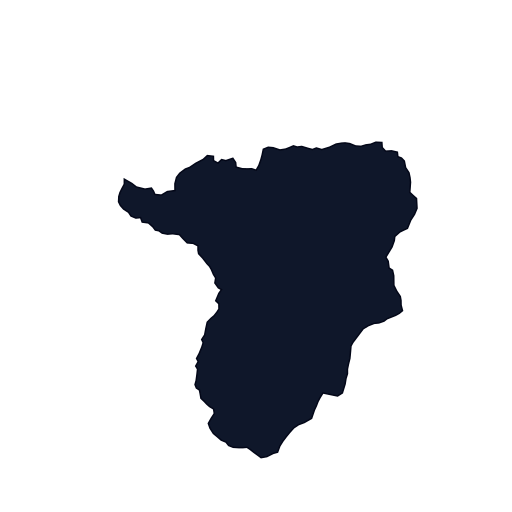 Pugmil, Tocantins, Brazil (Natural Earth projection), rotated 217°
{"feature_id": "56859067B46523842335480", "entity_name": "Pugmil", "entity_type": "district", "adm_level": 2, "iso_a3": "BRA", "parent_name": "Brazil", "parent_adm1": "Tocantins", "projection": "natural_earth1", "projection_center": [-48.87, -10.421], "detail": "fine", "context": "isolated", "style": "filled", "palette": "ink", "viewbox_px": 512, "rotation_deg": 217, "n_neighbors": 0, "source": "geoboundaries", "source_scale": "gbopen_adm2", "svg_char_len": 2675}
<svg xmlns="http://www.w3.org/2000/svg" viewBox="0 0 512 512"><g transform="rotate(217 256 256)"><path d="M311.7,350.2L314.4,345.7L311.9,340.4L310.0,335.7L308.2,330.0L307.5,324.6L312.0,323.1L315.0,320.6L319.5,317.4L325.4,315.0L328.5,318.4L333.3,320.1L337.5,314.0L341.5,312.3L342.3,307.3L347.3,306.6L350.0,310.0L355.3,306.9L356.3,301.4L359.9,293.8L362.3,286.8L364.8,282.9L366.7,276.3L366.8,271.0L364.3,265.0L360.1,259.5L365.6,254.1L368.2,247.7L373.8,244.3L376.9,246.1L380.4,247.3L384.9,242.6L393.1,239.1L398.9,239.2L407.4,238.1L404.4,234.1L403.6,229.0L402.8,224.8L401.4,221.0L398.4,216.6L394.6,214.7L390.0,213.8L384.1,214.2L379.9,212.7L374.8,214.0L371.3,217.2L367.3,214.6L361.8,217.7L355.8,217.2L352.0,216.1L348.7,217.7L344.7,217.8L339.8,220.2L336.0,223.6L330.0,227.0L324.9,226.0L318.8,225.1L313.8,228.3L308.4,229.2L305.8,225.7L303.2,223.3L297.4,222.3L290.5,220.4L286.9,219.8L283.6,218.4L278.9,215.7L275.0,214.2L272.6,209.7L266.9,207.9L263.3,208.4L263.2,203.9L261.2,196.0L256.9,195.5L253.7,191.4L253.4,187.5L253.5,183.1L254.4,179.2L255.1,173.8L252.4,167.9L249.5,162.1L249.1,156.6L246.0,155.0L244.4,150.5L242.7,144.0L241.8,138.4L238.6,136.9L237.9,131.8L234.6,130.5L231.6,125.4L228.8,120.4L227.3,116.6L224.2,114.7L220.5,114.9L217.8,112.5L214.3,109.2L210.4,108.8L206.2,108.1L202.5,107.8L197.8,108.3L194.5,105.1L194.1,99.5L193.3,93.6L189.1,90.8L183.2,88.6L178.5,88.4L173.0,88.0L168.0,89.3L163.8,88.2L159.1,89.5L154.7,92.4L151.2,95.0L148.1,97.8L144.6,98.0L139.4,97.9L134.3,98.0L130.6,98.0L126.6,102.3L123.4,108.8L120.7,112.3L122.6,118.6L123.1,124.3L123.1,130.1L122.9,135.2L122.4,141.4L120.5,146.9L117.2,152.1L113.9,159.8L116.7,168.3L117.6,172.6L118.9,177.1L119.6,181.5L120.1,186.9L110.4,191.5L106.6,193.3L104.6,198.6L107.8,207.4L110.4,212.3L112.1,217.0L114.9,220.7L117.1,225.3L119.4,230.7L123.1,236.7L126.0,241.3L126.6,245.2L126.6,251.2L126.6,262.4L124.4,267.9L121.1,273.3L117.6,276.5L114.6,281.0L113.6,284.7L108.8,292.6L107.1,296.4L106.1,300.5L110.6,304.1L113.4,307.7L116.4,310.5L122.4,312.6L128.2,315.5L134.1,323.1L138.4,326.8L142.5,326.5L147.3,331.4L151.6,333.2L152.8,345.1L154.8,351.5L156.9,355.1L155.6,361.7L153.7,365.5L151.7,369.2L154.0,377.8L154.5,384.7L156.1,391.0L162.4,398.5L167.2,398.9L171.5,399.4L177.0,407.9L180.2,411.3L184.0,414.6L189.7,416.6L194.7,421.1L198.8,421.8L202.5,420.7L205.6,424.0L211.0,421.6L215.6,417.7L220.5,418.6L223.8,422.4L228.8,419.0L231.6,414.3L235.1,410.9L238.1,406.8L242.7,403.8L248.8,402.2L252.8,400.0L255.5,397.7L259.4,393.6L262.7,387.2L267.5,380.6L272.8,378.6L275.0,375.0L279.7,373.1L285.4,371.0L288.7,367.8L292.4,366.5L294.6,362.6L296.7,359.2L300.7,355.1L307.5,352.8L311.7,350.2Z" fill="#0f172a" stroke="#020617" stroke-width="1.5"/></g></svg>